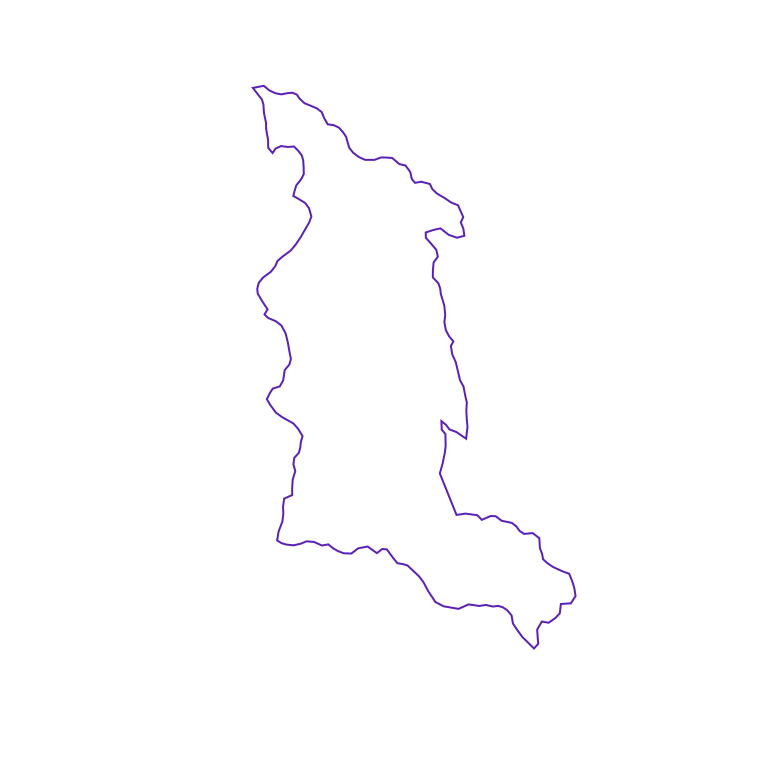 the district of Coronel Macedo, São Paulo, Brazil, rotated 36°
{"feature_id": "56859067B35936391886088", "entity_name": "Coronel Macedo", "entity_type": "district", "adm_level": 2, "iso_a3": "BRA", "parent_name": "Brazil", "parent_adm1": "São Paulo", "projection": "orthographic", "projection_center": [-49.312, -23.631], "detail": "fine", "context": "isolated", "style": "outline", "palette": "violet", "viewbox_px": 768, "rotation_deg": 36, "n_neighbors": 0, "source": "geoboundaries", "source_scale": "gbopen_adm2", "svg_char_len": 3093}
<svg xmlns="http://www.w3.org/2000/svg" viewBox="0 0 768 768"><g transform="rotate(36 384 384)"><path d="M338.9,195.9L331.7,197.7L323.8,197.9L314.9,198.8L308.5,197.9L303.6,195.2L295.2,198.5L290.9,203.0L286.0,201.8L280.6,197.0L272.9,194.6L267.1,197.1L257.8,196.3L252.4,199.7L248.4,202.5L244.6,208.2L236.9,213.8L230.2,215.2L223.0,215.0L217.0,213.3L212.9,210.2L208.0,206.3L202.9,204.4L196.9,203.1L191.3,204.1L185.8,207.0L179.4,204.1L173.7,200.6L167.6,200.5L161.5,201.9L154.6,203.6L148.1,202.8L143.5,201.1L138.7,202.2L135.1,205.3L130.6,210.1L125.2,212.6L118.7,213.9L111.5,213.4L103.9,221.5L111.6,223.8L118.0,225.6L122.1,228.7L127.7,235.4L135.1,242.1L138.7,246.9L142.9,251.0L146.7,254.6L151.5,261.0L158.1,262.6L157.9,257.2L161.0,251.9L166.9,248.8L171.5,244.8L177.5,245.7L183.2,247.4L187.3,250.7L191.7,256.0L195.8,261.5L196.6,267.2L196.3,274.9L197.9,279.7L200.1,285.2L207.0,284.4L213.9,283.9L220.1,285.9L226.8,291.2L228.5,297.3L229.3,305.1L230.3,314.3L230.6,323.1L230.1,330.7L227.0,340.7L225.5,347.1L226.8,352.5L226.5,359.7L223.6,368.9L223.2,375.8L225.5,381.5L228.8,385.2L237.8,389.0L245.9,392.0L246.4,397.9L251.3,398.7L259.5,396.8L266.7,397.0L274.8,401.0L282.0,407.1L289.2,414.1L294.0,418.5L296.0,423.8L295.5,431.1L300.3,440.3L301.1,447.2L296.7,453.1L297.0,458.4L298.1,465.1L303.7,467.6L313.4,470.7L320.8,470.7L328.5,469.8L333.8,469.2L340.7,470.7L348.7,474.0L351.0,480.1L353.5,484.4L355.6,489.7L354.8,496.4L357.9,502.2L363.4,506.6L366.5,515.3L371.1,522.5L375.0,527.8L370.6,535.4L374.5,542.7L378.8,548.1L382.6,554.9L385.4,565.2L389.5,573.4L394.6,573.0L399.4,571.3L405.6,567.7L410.5,562.2L413.8,556.8L420.3,552.9L428.8,551.1L433.2,546.5L439.8,546.8L444.6,546.3L450.8,544.7L457.2,540.4L459.7,532.1L466.3,525.1L477.7,525.0L479.5,518.6L483.5,516.1L493.4,519.3L500.1,521.1L505.2,518.6L509.6,517.0L514.6,517.6L525.3,519.0L532.5,521.2L541.7,525.7L549.1,528.4L553.7,530.2L562.9,528.8L576.5,522.1L582.0,512.6L591.5,507.6L596.2,502.9L602.8,500.1L606.8,496.4L611.5,494.8L616.5,494.6L623.2,496.2L629.1,502.0L637.0,504.9L644.9,507.4L654.1,508.8L660.8,509.8L661.5,503.5L657.4,498.8L652.3,492.7L651.3,483.4L657.5,480.4L660.2,472.6L661.0,466.2L656.4,458.0L664.1,451.6L663.6,443.0L658.1,437.4L652.6,433.2L645.4,428.7L637.4,430.9L628.1,432.7L621.5,432.9L615.7,432.3L612.0,428.7L606.6,425.1L600.3,417.5L591.9,417.2L585.4,423.0L579.8,423.1L574.8,421.4L569.1,421.2L559.6,425.5L552.1,425.3L547.9,428.1L543.0,436.4L536.7,435.3L531.8,437.9L526.2,440.9L519.6,447.3L481.7,423.5L478.1,413.7L473.3,403.2L470.3,397.9L463.1,388.4L457.5,387.0L452.3,380.3L458.2,380.6L463.6,382.3L470.8,380.3L482.6,380.0L476.6,369.4L472.4,364.7L466.2,357.1L461.9,350.3L456.4,345.5L449.9,339.4L443.2,336.2L436.5,330.4L429.4,324.3L421.7,319.8L415.8,314.0L415.1,308.8L408.7,307.2L402.3,304.0L396.5,298.5L393.1,292.4L386.9,285.3L382.1,281.6L377.3,278.0L373.4,273.8L369.1,270.7L360.8,269.0L356.7,263.2L352.7,256.5L352.7,249.3L347.4,244.7L340.9,243.1L331.9,241.1L328.7,236.9L333.3,230.5L338.2,224.9L348.6,225.3L357.0,222.8L361.9,216.9L356.8,211.6L351.2,208.2L350.0,202.4L344.3,199.1L338.9,195.9Z" fill="none" stroke="#5b21b6" stroke-width="2"/></g></svg>